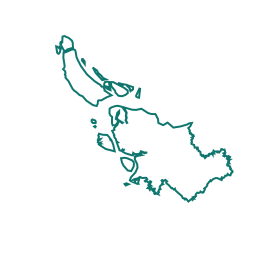 Noakhali, Chittagong, Bangladesh, rotated 130°
{"feature_id": "16705992B96773862439533", "entity_name": "Noakhali", "entity_type": "district", "adm_level": 2, "iso_a3": "BGD", "parent_name": "Bangladesh", "parent_adm1": "Chittagong", "projection": "robinson", "projection_center": [91.099, 22.578], "detail": "fine", "context": "isolated", "style": "outline", "palette": "teal", "viewbox_px": 256, "rotation_deg": 130, "n_neighbors": 0, "source": "geoboundaries", "source_scale": "gbopen_adm2", "svg_char_len": 5819}
<svg xmlns="http://www.w3.org/2000/svg" viewBox="0 0 256 256"><g transform="rotate(130 128 128)"><path d="M95.2,19.6L94.3,19.7L93.8,20.5L93.8,23.1L93.0,23.2L93.0,24.3L92.3,24.4L91.8,25.3L92.8,27.7L92.3,28.0L92.4,28.4L91.5,28.8L90.0,27.5L89.7,29.5L88.7,30.0L88.5,29.3L87.6,29.9L86.7,29.6L87.9,31.4L88.0,32.4L86.9,32.3L85.8,31.1L84.6,31.2L84.9,33.1L86.5,33.9L86.4,34.9L87.2,36.4L87.8,36.1L88.0,37.0L85.8,37.0L85.9,38.5L84.3,37.6L82.5,40.2L83.6,41.1L83.7,42.4L84.4,43.0L85.6,42.4L88.3,42.5L88.5,43.3L88.0,43.3L88.0,44.0L89.3,44.1L89.2,45.4L90.4,46.3L90.4,47.9L92.2,47.1L92.3,45.6L93.5,46.7L93.9,46.3L93.5,47.7L94.9,47.8L95.0,48.7L95.9,49.3L96.8,49.1L97.2,48.2L97.7,48.4L97.9,49.3L99.4,50.7L99.7,49.5L101.5,49.7L101.0,51.0L101.4,52.3L100.8,52.8L101.9,53.2L101.9,53.8L101.2,54.0L101.7,55.2L99.8,57.1L100.2,58.8L99.8,58.8L99.8,60.0L98.5,61.7L99.5,61.9L98.7,62.8L100.2,64.3L98.5,66.4L99.4,69.1L98.8,69.8L97.7,69.9L96.5,71.8L95.7,71.4L94.4,72.1L94.7,71.6L94.3,71.6L93.8,72.1L94.1,72.9L92.0,72.3L91.4,73.4L92.3,74.9L92.0,76.7L92.4,77.1L91.9,77.5L91.5,77.0L91.3,78.6L90.2,78.9L89.3,81.8L86.6,81.4L83.1,82.3L85.1,84.1L87.3,84.9L93.2,88.9L98.5,93.5L98.4,101.1L103.2,102.9L104.6,107.9L101.8,110.9L99.7,116.0L102.3,119.1L103.7,122.4L104.6,130.0L108.9,133.4L111.4,136.7L114.9,144.6L117.0,139.0L119.8,137.3L120.9,135.6L123.4,134.6L124.5,132.0L124.9,132.2L123.6,134.9L121.7,135.6L120.0,137.5L117.4,139.2L115.6,146.1L117.4,149.9L119.1,151.6L122.6,153.8L125.0,154.5L128.8,151.5L129.7,149.5L129.7,147.4L134.6,143.4L135.8,141.4L134.1,139.4L130.7,139.4L128.6,140.5L128.9,143.2L123.1,146.0L120.7,145.7L122.5,144.2L127.6,143.2L128.1,140.3L127.2,135.4L128.0,135.6L128.1,138.3L129.1,139.3L132.3,138.2L137.1,138.6L138.1,137.2L140.4,138.3L142.2,133.9L142.8,134.0L144.1,131.7L144.1,130.6L145.5,128.4L145.5,126.6L146.3,127.3L150.5,120.1L149.9,118.6L148.2,118.4L148.7,117.7L146.3,116.8L149.2,117.5L149.6,116.8L149.0,113.7L146.3,107.3L145.5,106.9L143.7,108.0L143.5,105.8L141.2,103.2L139.7,102.6L137.5,103.2L136.1,99.4L134.4,97.6L136.7,99.0L137.4,101.6L140.4,101.3L140.0,100.1L145.5,104.6L145.9,103.4L146.7,103.4L147.7,102.5L149.8,97.7L152.3,95.2L157.0,93.8L164.1,94.0L166.9,92.9L166.8,91.3L163.3,90.4L160.2,88.1L157.8,87.4L157.2,85.0L154.4,82.0L154.9,80.3L157.7,81.1L157.9,80.4L156.7,79.2L156.7,77.2L154.5,76.9L154.3,75.7L157.4,75.0L157.4,74.0L157.9,74.8L157.7,75.6L158.7,75.7L159.1,72.7L160.5,74.3L161.3,74.3L160.6,73.3L161.3,71.5L158.8,72.2L159.8,69.3L158.4,69.7L157.3,68.4L158.6,67.8L160.0,68.6L159.8,65.5L161.1,66.0L161.4,65.2L159.9,63.8L159.3,62.2L159.0,63.1L157.7,63.0L157.5,63.7L157.0,63.4L156.2,64.4L154.7,64.7L154.5,64.0L153.9,63.8L153.6,64.9L152.4,66.0L150.8,66.0L148.5,65.0L148.6,66.2L147.2,66.5L146.6,68.5L145.9,68.3L145.4,66.6L143.7,66.0L143.8,63.8L144.7,64.1L145.7,62.9L145.5,60.3L146.2,55.9L145.6,55.6L145.7,53.3L144.4,53.0L145.0,52.3L145.4,50.5L145.5,43.1L146.5,41.0L145.4,39.1L146.2,39.0L146.3,38.5L144.9,37.5L145.5,34.5L141.5,33.7L141.6,32.3L140.1,32.7L139.8,32.2L139.4,33.9L138.5,33.4L138.4,32.3L138.0,32.2L136.3,32.2L136.2,33.0L135.2,33.4L133.0,33.4L132.3,32.1L130.9,31.3L130.1,31.6L130.0,30.5L129.2,29.6L129.5,29.3L128.8,28.8L125.5,29.7L125.4,30.7L123.1,30.2L121.0,30.4L120.3,31.1L115.1,31.2L115.3,30.2L112.7,30.0L110.3,28.9L109.0,27.5L107.7,22.8L106.6,23.2L106.2,24.3L105.4,24.4L105.1,23.0L104.0,22.5L102.0,22.9L101.2,21.8L99.1,22.1L99.2,20.2L98.4,19.1L95.7,20.1L95.2,19.6ZM125.6,168.2L124.0,166.2L118.4,164.2L113.5,161.6L114.4,170.1L113.3,170.8L113.0,172.2L111.7,172.9L113.3,174.8L112.8,176.9L113.6,183.3L113.3,193.9L110.8,203.9L108.1,210.4L106.7,213.1L102.7,217.8L102.3,219.1L102.7,220.2L104.3,221.6L110.2,224.5L111.5,225.9L115.6,222.8L121.1,216.5L122.5,215.6L124.7,215.5L124.9,212.7L126.2,211.1L127.7,210.7L128.0,209.4L129.6,208.3L130.3,203.9L133.6,195.7L134.0,192.9L133.7,191.2L133.9,186.3L132.9,183.2L133.8,177.3L133.0,169.7L131.3,166.1L128.9,166.8L126.4,168.5L125.6,168.2ZM159.2,138.2L158.4,137.0L159.1,137.4L158.4,131.6L154.4,123.2L150.4,128.4L148.1,132.6L147.8,133.7L148.4,133.8L147.1,136.2L146.7,139.4L149.6,143.3L151.0,146.5L153.0,145.8L153.3,144.7L155.6,143.7L155.4,142.7L154.2,141.9L155.2,141.9L156.9,143.1L157.6,141.9L158.3,141.9L158.4,141.0L157.1,139.9L157.8,140.0L157.6,139.2L158.6,140.2L159.3,139.9L159.2,138.2ZM103.9,170.7L106.8,167.4L107.7,162.1L109.0,160.1L109.4,155.9L107.5,153.0L104.5,151.3L101.4,150.6L99.5,152.3L99.7,156.7L102.3,168.7L103.9,170.7ZM106.9,225.0L101.9,221.7L98.0,225.4L97.1,227.3L97.1,231.3L98.5,235.9L100.1,236.9L105.5,232.8L104.6,234.1L104.8,234.6L105.8,234.8L106.6,233.5L107.1,233.8L109.8,226.9L108.8,225.0L106.9,225.0ZM159.0,97.8L153.9,98.9L151.3,100.7L150.4,102.1L150.2,104.2L151.8,109.4L153.1,111.6L155.6,113.9L158.3,110.5L159.8,106.9L160.7,101.0L159.0,97.8ZM104.3,193.8L106.6,188.1L107.9,178.6L104.9,176.2L105.7,179.3L105.1,182.0L105.0,186.1L103.9,188.8L104.3,193.8ZM107.8,175.2L110.0,174.3L110.9,173.0L108.6,168.0L105.0,172.3L105.6,173.5L107.8,175.2ZM115.7,230.9L116.0,229.7L115.7,228.8L113.7,228.9L110.0,230.7L109.9,231.9L110.9,230.9L111.2,231.2L111.0,234.0L111.6,235.5L115.7,230.9ZM90.5,144.6L97.9,142.6L98.6,142.0L98.6,140.8L97.7,139.0L90.2,143.9L90.5,144.6ZM96.2,157.5L96.5,152.6L97.9,150.2L97.4,150.3L97.7,149.7L97.0,149.3L95.2,149.0L93.4,150.3L96.2,157.5ZM160.0,86.6L163.5,88.9L165.5,87.4L164.9,85.1L164.0,84.1L163.6,85.0L160.0,86.6ZM145.1,161.0L146.4,160.1L146.8,158.3L145.1,156.0L144.2,156.4L143.3,157.8L144.3,160.7L145.1,161.0ZM104.2,206.9L104.8,207.4L105.8,206.7L106.9,202.2L104.9,203.9L104.2,206.9ZM111.0,170.9L111.3,169.1L110.3,165.7L109.1,167.0L109.0,167.9L110.1,170.4L111.0,170.9ZM170.6,91.3L171.3,93.6L173.1,94.6L173.5,92.8L170.6,91.3ZM100.0,164.7L98.5,159.6L97.0,158.9L98.1,160.8L100.0,164.7ZM148.6,154.9L148.6,153.6L147.7,153.6L147.6,154.5L148.6,154.9ZM165.5,87.5L165.0,88.2L165.9,88.5L165.8,88.3L165.5,87.5Z" fill="none" stroke="#0f766e" stroke-width="2"/></g></svg>